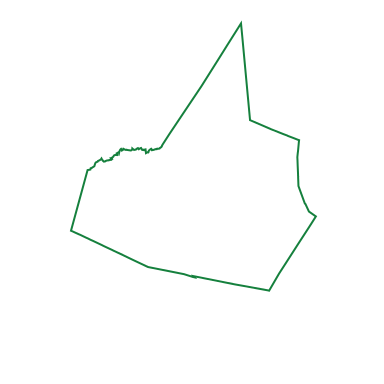 El Salvador, San Luis Potosí, Mexico (orthographic projection), rotated 61°
{"feature_id": "50627088B73100122878983", "entity_name": "El Salvador", "entity_type": "district", "adm_level": 2, "iso_a3": "MEX", "parent_name": "Mexico", "parent_adm1": "San Luis Potosí", "projection": "orthographic", "projection_center": [-100.964, 24.436], "detail": "fine", "context": "isolated", "style": "outline", "palette": "green", "viewbox_px": 384, "rotation_deg": 61, "n_neighbors": 0, "source": "geoboundaries", "source_scale": "gbopen_adm2", "svg_char_len": 3539}
<svg xmlns="http://www.w3.org/2000/svg" viewBox="0 0 384 384"><g transform="rotate(61 192 192)"><path d="M68.3,67.4L80.4,89.5L87.7,102.7L104.0,132.4L119.3,162.2L130.1,183.2L136.4,195.0L136.6,195.2L136.7,195.4L136.8,195.6L136.9,195.8L137.0,195.9L137.2,196.0L137.5,196.4L137.6,196.5L137.7,196.9L137.8,197.1L137.8,197.4L137.9,197.5L137.9,197.8L137.9,198.2L137.9,198.4L137.9,198.7L138.0,198.9L138.2,199.1L138.2,199.6L138.0,200.1L137.8,200.5L137.6,200.9L137.3,201.3L137.4,201.6L137.2,201.8L137.1,202.1L137.0,202.6L136.9,203.0L137.0,203.0L136.9,203.2L136.7,204.2L136.6,205.0L136.0,206.8L134.7,206.6L134.4,206.7L134.6,208.6L134.9,209.6L135.5,210.3L136.1,210.8L136.2,211.0L135.7,211.5L135.7,213.4L132.2,212.0L132.1,212.5L132.0,212.8L131.8,213.2L131.6,213.6L132.1,213.7L131.5,214.5L131.0,215.2L130.8,215.2L128.8,215.2L128.7,215.8L128.7,216.3L128.7,216.7L128.7,217.1L128.8,217.8L127.9,218.0L127.4,218.0L127.3,218.5L127.5,219.0L127.4,219.2L127.4,219.3L127.4,219.5L127.5,219.7L127.5,219.9L127.6,220.1L127.7,220.3L127.7,220.5L127.5,220.8L127.5,221.2L127.5,221.3L127.4,221.6L127.2,221.8L127.1,222.0L127.1,222.3L126.6,222.5L126.1,222.7L125.6,222.9L125.0,223.1L126.0,223.8L126.1,225.3L123.9,228.2L123.5,228.5L123.4,228.7L123.4,228.8L123.2,228.9L123.1,229.0L123.0,229.6L122.6,230.0L120.9,231.1L121.3,231.7L121.7,232.1L121.7,232.5L121.7,233.1L121.4,233.0L120.9,233.0L119.9,233.1L120.0,233.6L120.2,233.8L120.2,234.1L120.4,234.4L120.5,234.8L120.8,235.1L121.2,235.6L121.6,236.1L122.4,236.8L121.6,236.7L121.6,237.0L121.7,237.5L121.7,238.1L121.7,238.5L121.7,239.1L122.0,239.1L122.5,239.2L122.9,239.2L123.2,239.2L123.5,239.2L123.5,239.5L123.0,240.1L122.6,240.7L122.4,241.4L122.2,241.9L122.2,242.3L122.3,242.6L122.4,242.8L122.6,243.2L122.9,243.6L122.9,243.8L123.0,244.0L123.1,244.3L123.1,244.5L123.1,244.9L123.2,245.0L123.2,245.3L123.3,245.6L123.2,246.0L123.1,246.4L123.4,246.3L123.6,246.2L123.9,245.9L124.1,245.9L124.4,245.9L124.4,246.0L124.5,246.4L124.6,246.6L124.7,246.8L124.7,247.1L124.6,247.3L124.5,247.5L124.4,247.6L124.3,247.9L124.1,248.0L124.0,248.5L124.0,248.9L124.0,249.3L123.8,249.5L123.7,249.8L123.7,250.1L123.5,250.4L123.4,250.6L123.3,250.9L123.2,251.2L123.1,251.5L123.1,252.0L123.0,252.4L123.1,252.8L123.1,253.5L122.8,253.9L122.6,254.4L122.2,254.4L122.0,254.6L121.8,254.7L121.5,254.8L121.3,254.7L121.0,254.7L120.6,254.9L120.2,255.0L119.9,255.0L119.5,255.0L119.1,254.9L118.8,254.9L119.3,255.8L119.4,256.8L119.4,257.8L119.3,259.3L119.7,259.8L119.5,261.6L119.9,262.6L121.1,263.9L122.1,264.9L122.2,265.8L122.2,267.2L122.4,268.1L122.1,269.1L123.1,270.0L122.7,271.3L122.2,272.7L167.2,316.6L174.2,311.4L175.3,310.5L177.3,309.1L181.1,306.4L181.3,306.2L182.0,305.7L182.4,305.4L183.6,304.6L184.9,303.7L186.6,302.4L187.3,301.9L195.1,296.3L195.9,295.8L199.1,293.5L203.9,290.0L205.1,289.2L213.8,282.9L215.4,281.8L216.6,280.9L216.8,280.8L222.3,276.9L236.1,267.0L236.5,266.6L260.0,238.8L265.5,233.6L266.8,232.4L267.9,231.2L266.3,231.5L293.5,199.4L299.1,192.5L315.0,173.1L315.6,172.5L315.7,172.4L306.1,156.3L305.4,155.1L299.2,143.5L288.4,123.4L279.2,106.1L276.0,100.2L273.4,95.5L272.0,96.2L269.7,97.3L265.8,99.2L265.7,99.2L257.4,98.6L256.8,98.9L249.2,97.7L248.0,97.5L247.2,97.4L238.4,96.0L230.3,91.9L230.1,91.7L229.3,91.4L228.0,90.7L226.4,89.9L223.8,88.6L220.6,87.0L220.2,86.8L214.7,84.0L214.4,83.9L213.3,83.3L212.8,83.1L212.7,83.0L212.5,82.9L208.9,80.4L208.0,79.7L199.8,74.1L198.6,73.2L197.5,74.2L194.1,77.0L190.9,79.7L189.5,80.9L188.7,81.4L185.8,83.9L175.2,92.6L174.9,92.8L157.3,106.4L81.4,73.1L68.3,67.4Z" fill="none" stroke="#15803d" stroke-width="2"/></g></svg>